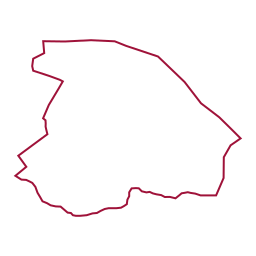 Cocal de Telha, Piauí, Brazil
{"feature_id": "56859067B88089338838597", "entity_name": "Cocal de Telha", "entity_type": "district", "adm_level": 2, "iso_a3": "BRA", "parent_name": "Brazil", "parent_adm1": "Piauí", "projection": "orthographic", "projection_center": [-41.973, -4.614], "detail": "fine", "context": "isolated", "style": "outline", "palette": "rose", "viewbox_px": 256, "rotation_deg": 0, "n_neighbors": 0, "source": "geoboundaries", "source_scale": "gbopen_adm2", "svg_char_len": 1108}
<svg xmlns="http://www.w3.org/2000/svg" viewBox="0 0 256 256"><path d="M18.3,155.7L26.3,166.8L15.4,175.8L21.4,179.6L26.2,179.9L29.4,181.4L32.3,182.9L35.4,186.9L37.5,192.7L40.2,197.2L42.5,201.3L47.1,203.2L50.6,205.3L55.7,206.4L60.6,206.6L64.1,209.6L67.6,212.6L70.9,213.0L72.9,215.2L75.8,215.8L80.1,215.8L86.7,215.2L92.5,213.4L96.9,213.0L100.6,210.9L104.7,209.0L108.6,208.2L116.3,208.2L121.0,207.7L123.9,206.1L126.8,204.2L127.4,199.7L129.2,196.2L129.2,192.3L131.6,188.4L135.9,188.1L138.8,188.3L141.8,191.3L146.4,192.4L149.7,191.9L152.9,193.4L156.4,194.3L161.2,195.1L164.8,197.0L169.8,196.9L175.5,198.3L179.4,195.2L181.6,193.3L184.7,192.8L187.8,192.2L190.6,192.9L195.2,193.6L200.6,195.4L216.1,195.4L223.6,178.0L223.8,157.2L230.6,145.3L240.6,138.4L231.8,129.6L219.3,117.3L201.0,103.3L184.6,82.0L169.5,67.5L158.0,56.5L126.2,45.9L114.7,41.3L91.0,40.2L83.5,40.6L80.6,40.7L64.9,41.5L43.2,41.2L44.2,53.1L33.2,58.7L32.2,66.1L33.2,70.7L49.7,76.1L59.8,79.8L62.8,81.4L58.5,88.8L48.8,105.0L43.1,118.3L45.5,120.3L45.7,123.6L45.6,126.7L46.4,130.2L47.4,134.2L18.3,155.7Z" fill="none" stroke="#9f1239" stroke-width="2"/></svg>